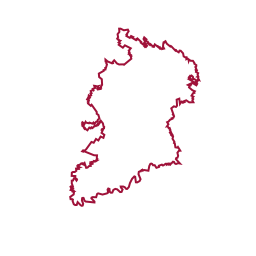 Hueyapan de Ocampo, Veracruz, Mexico (Robinson projection), rotated 304°
{"feature_id": "50627088B79595248212250", "entity_name": "Hueyapan de Ocampo", "entity_type": "district", "adm_level": 2, "iso_a3": "MEX", "parent_name": "Mexico", "parent_adm1": "Veracruz", "projection": "robinson", "projection_center": [-95.171, 18.195], "detail": "fine", "context": "isolated", "style": "outline", "palette": "rose", "viewbox_px": 256, "rotation_deg": 304, "n_neighbors": 0, "source": "geoboundaries", "source_scale": "gbopen_adm2", "svg_char_len": 5868}
<svg xmlns="http://www.w3.org/2000/svg" viewBox="0 0 256 256"><g transform="rotate(304 128 128)"><path d="M207.6,160.0L207.8,159.7L207.4,158.9L209.6,157.8L209.3,156.9L210.1,157.2L211.1,155.9L212.7,155.5L212.5,153.1L213.7,153.0L213.3,152.4L214.0,151.6L214.8,152.1L216.2,149.8L217.0,150.2L218.3,149.5L218.4,147.0L219.0,146.7L220.0,144.3L218.8,142.4L218.8,140.4L217.7,140.7L218.7,139.7L218.9,138.6L217.7,137.9L219.3,136.9L218.6,136.0L218.5,134.1L220.7,131.9L221.5,128.5L221.0,127.5L219.1,127.7L219.0,124.4L220.1,123.6L218.7,123.8L219.9,118.4L219.9,117.6L219.2,117.5L219.6,113.0L220.9,110.5L219.1,109.7L219.0,110.3L217.6,110.1L215.1,111.5L214.0,113.5L212.8,112.4L213.3,112.2L213.4,111.8L211.7,110.5L212.4,109.6L211.8,109.5L211.9,108.9L212.5,108.8L212.5,107.2L212.0,107.3L212.3,103.5L209.7,104.1L209.3,103.1L210.1,102.9L209.6,102.3L210.1,99.9L209.1,99.9L209.3,98.1L209.8,98.1L210.4,96.6L209.7,96.5L210.4,95.8L210.2,93.9L211.8,93.8L212.2,90.8L210.5,91.1L209.1,93.9L207.9,93.9L207.7,95.6L206.5,95.6L206.0,96.8L206.9,97.0L206.8,97.8L205.3,97.6L205.4,96.8L204.7,96.7L205.0,95.5L206.2,95.6L206.4,93.5L205.7,93.4L205.9,90.9L206.7,90.9L207.5,85.9L206.0,85.9L206.2,85.2L205.3,85.2L205.1,81.1L206.3,81.4L206.0,79.1L203.7,79.1L203.4,75.3L204.5,75.2L204.5,74.5L208.6,74.4L209.5,72.9L206.7,69.9L206.2,66.3L205.4,65.1L202.9,67.1L199.9,66.9L197.8,69.0L196.0,69.1L196.1,70.6L195.7,70.6L195.5,71.6L196.0,72.8L193.6,72.4L193.7,74.0L191.8,73.8L191.7,78.8L194.8,79.2L195.6,85.7L192.6,85.4L192.5,86.1L191.1,86.5L191.1,87.5L189.8,87.3L190.1,89.4L189.3,89.3L189.4,90.6L188.7,90.5L187.3,92.0L178.2,89.3L178.2,88.6L175.7,85.1L175.3,82.8L176.4,78.7L174.1,78.4L173.4,79.3L172.7,78.7L171.8,73.9L172.1,71.1L170.5,72.3L170.5,73.4L169.4,73.9L169.0,75.0L165.4,76.1L165.0,75.6L163.9,76.6L162.4,75.4L161.8,75.9L156.8,73.4L154.1,75.6L153.8,79.0L149.3,82.4L147.0,82.5L146.3,83.2L145.9,82.8L145.1,83.5L143.0,81.3L143.4,80.5L145.0,81.0L145.0,79.7L146.0,79.9L144.3,78.3L144.8,77.8L144.1,76.4L142.7,78.3L140.7,76.9L139.4,79.2L140.0,77.5L137.8,76.4L136.5,78.3L135.6,77.6L134.5,79.2L132.9,78.4L133.0,77.3L131.9,77.8L131.9,79.4L130.4,79.3L130.4,78.0L128.8,78.1L128.9,80.1L127.3,80.1L127.4,80.8L126.0,81.1L125.6,84.7L126.9,84.8L126.8,85.2L123.8,93.1L122.3,94.1L122.3,96.1L119.9,99.0L118.0,98.4L116.4,98.9L115.4,98.1L112.5,97.9L112.6,97.1L111.8,96.5L113.2,96.8L113.3,96.3L111.7,96.0L110.9,93.0L110.1,93.0L109.0,90.3L109.4,89.4L106.7,89.7L107.3,89.2L107.3,87.0L106.5,87.1L106.5,88.2L105.0,88.2L105.0,89.3L104.2,89.3L104.1,91.7L103.4,91.6L102.9,92.8L103.5,93.4L103.4,95.6L106.7,95.7L106.8,97.3L108.1,97.3L108.1,98.6L111.2,99.1L111.0,99.6L112.6,100.3L112.5,100.8L114.4,100.6L114.1,101.6L116.6,101.7L116.7,100.9L118.9,101.2L117.8,104.6L115.5,107.0L115.6,107.6L114.3,108.3L112.3,107.0L111.7,107.2L112.1,108.3L109.2,108.8L109.1,112.2L106.1,113.1L105.6,110.1L101.1,110.4L101.0,107.6L96.6,107.8L96.0,105.5L86.8,105.2L84.5,104.5L84.4,103.3L83.1,103.1L83.4,104.2L84.1,104.3L86.4,115.1L88.0,117.6L85.5,119.0L85.3,119.8L83.4,119.6L83.8,120.5L82.4,119.9L81.8,118.6L81.5,119.1L79.8,117.2L78.6,118.7L78.3,118.5L78.0,118.2L79.2,116.6L78.5,116.0L77.6,117.3L77.0,116.8L75.8,118.3L74.5,116.9L72.6,116.6L71.6,115.6L74.8,111.4L73.3,110.9L73.4,111.9L72.9,112.0L72.6,110.3L73.1,110.4L73.2,109.7L72.2,108.9L70.7,108.7L69.4,107.5L68.8,108.5L68.1,107.4L67.5,108.0L68.2,109.9L67.2,109.2L66.6,110.1L66.0,109.3L66.3,108.4L65.5,108.3L65.2,107.7L63.6,109.1L61.8,108.5L60.8,107.0L59.6,106.4L56.8,108.1L58.7,111.2L56.7,112.4L57.1,113.9L56.6,114.7L55.6,114.7L56.6,112.4L56.0,111.3L53.8,111.8L52.9,110.8L50.6,112.4L48.8,114.9L47.7,113.3L47.1,113.2L46.9,113.7L47.7,114.9L47.2,116.1L46.1,114.7L44.5,115.1L45.6,117.3L45.5,118.4L44.1,116.6L44.6,119.1L42.5,120.1L38.6,118.6L36.9,120.2L37.9,121.8L37.8,122.4L36.5,122.9L34.5,125.7L34.6,127.3L35.5,128.5L38.4,127.7L37.5,132.0L37.7,133.3L38.4,133.8L40.1,133.2L42.2,130.3L44.2,129.2L45.0,129.8L45.1,130.4L43.4,132.6L43.4,134.1L47.5,141.8L48.3,141.3L49.2,137.0L49.9,136.7L50.9,137.3L52.8,140.3L56.0,139.3L57.1,139.8L58.6,144.1L62.0,147.1L63.3,147.6L65.6,145.5L66.8,145.5L67.1,146.7L64.9,148.5L64.8,150.1L65.7,151.1L68.5,150.5L70.4,151.5L71.1,153.3L70.5,157.3L71.4,158.4L74.0,157.9L74.7,155.4L75.4,154.7L76.8,156.8L77.1,158.4L76.5,160.6L77.1,161.4L79.6,161.7L83.5,160.4L88.2,159.8L91.4,160.3L91.6,161.2L87.4,164.9L88.0,166.0L90.5,167.3L92.6,167.0L95.6,162.5L97.7,161.5L99.1,162.3L99.2,162.8L100.2,162.8L100.5,162.0L100.7,163.4L101.3,163.4L101.0,164.2L102.1,164.7L104.0,168.8L108.4,166.9L110.8,166.6L111.5,167.2L111.7,168.1L111.1,169.6L112.1,170.9L110.9,173.8L113.1,175.5L114.0,174.7L116.6,176.6L116.4,177.8L116.9,178.3L119.4,179.2L120.1,180.3L119.6,180.6L120.4,180.9L120.1,181.9L120.7,182.7L121.4,182.3L121.4,183.4L122.3,183.1L122.7,183.8L125.2,184.1L125.6,185.1L124.8,186.4L125.0,187.9L126.9,189.3L127.6,190.9L129.0,185.1L130.0,184.8L131.0,185.6L133.0,185.1L135.1,182.8L137.5,182.9L138.4,184.0L140.2,180.0L139.3,179.9L138.5,178.1L141.4,175.4L141.3,174.5L142.5,174.2L144.0,170.9L146.0,170.2L146.2,168.4L147.1,168.9L147.8,167.2L147.0,166.8L147.7,165.3L148.7,165.8L149.6,164.0L150.1,164.2L151.3,162.5L150.6,161.9L151.6,159.8L151.2,159.4L153.7,159.4L154.7,157.2L156.0,158.0L158.3,158.2L160.3,159.5L160.6,158.9L161.9,159.9L163.5,159.6L164.1,158.1L164.4,158.4L168.5,152.9L171.6,153.9L172.3,156.0L173.9,156.2L178.7,152.5L181.0,154.1L177.0,157.6L179.7,157.6L179.6,159.4L180.9,160.2L180.9,159.0L183.5,160.8L183.5,164.4L185.9,167.8L187.0,165.8L188.5,165.9L188.8,164.6L190.6,164.7L190.3,162.6L192.6,162.5L194.1,163.3L194.2,162.6L195.8,162.8L195.3,160.3L195.8,155.9L197.4,155.6L197.2,153.6L199.6,155.0L199.1,156.0L201.4,155.8L201.6,160.8L203.2,160.7L202.6,152.0L203.9,153.5L203.7,151.7L202.9,151.6L203.0,150.9L203.8,150.9L204.0,150.1L205.9,150.3L205.7,151.2L207.0,151.4L206.8,153.1L205.1,154.8L205.6,155.6L205.8,158.3L204.8,158.3L204.9,159.5L207.5,159.3L207.6,160.0Z" fill="none" stroke="#9f1239" stroke-width="2"/></g></svg>